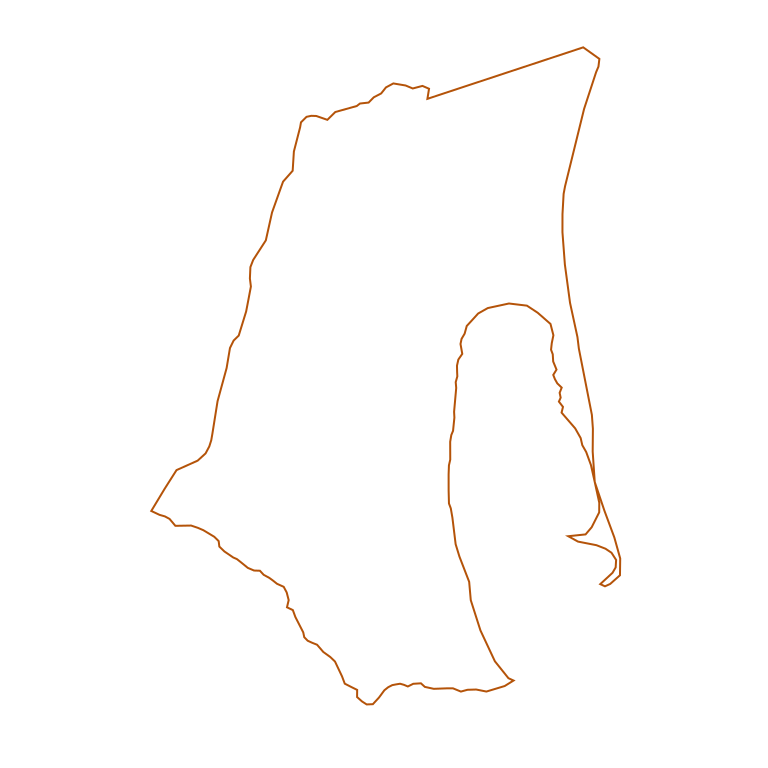 Tapes, Rio Grande do Sul, Brazil (orthographic projection), rotated 355°
{"feature_id": "56859067B78900778631791", "entity_name": "Tapes", "entity_type": "district", "adm_level": 2, "iso_a3": "BRA", "parent_name": "Brazil", "parent_adm1": "Rio Grande do Sul", "projection": "orthographic", "projection_center": [-51.425, -30.676], "detail": "fine", "context": "isolated", "style": "outline", "palette": "amber", "viewbox_px": 768, "rotation_deg": 355, "n_neighbors": 0, "source": "geoboundaries", "source_scale": "gbopen_adm2", "svg_char_len": 2591}
<svg xmlns="http://www.w3.org/2000/svg" viewBox="0 0 768 768"><g transform="rotate(355 384 384)"><path d="M381.4,687.4L387.0,685.2L394.7,685.4L398.3,689.3L407.0,692.0L420.8,692.7L426.2,693.2L433.8,697.1L440.5,695.9L449.2,696.4L459.2,699.3L477.9,695.4L487.2,690.7L482.3,687.9L470.3,669.9L458.6,637.9L451.6,606.9L451.6,588.5L444.1,562.5L441.4,549.8L440.5,523.2L439.7,513.7L438.3,508.7L439.1,495.8L440.5,479.6L441.6,470.7L443.4,465.1L444.9,447.3L446.6,440.7L448.7,436.7L451.2,423.6L451.4,417.8L455.6,394.2L455.6,388.4L457.7,382.8L457.9,378.3L458.3,372.1L460.2,366.1L464.6,360.8L463.7,350.8L465.2,345.8L468.7,340.9L471.5,333.4L477.1,328.3L483.9,322.0L494.0,317.4L515.5,314.7L533.2,318.4L543.3,326.4L555.1,338.7L557.0,350.2L554.7,357.9L553.4,364.4L554.7,369.1L554.5,376.3L557.1,384.7L553.4,389.7L554.7,394.1L556.7,398.5L560.7,403.1L558.2,408.1L558.8,413.0L556.7,416.8L560.3,422.4L558.4,428.0L570.6,444.9L575.2,455.0L576.2,462.2L579.5,469.4L583.1,482.8L585.4,500.0L586.0,469.5L588.2,446.8L588.4,432.9L581.2,365.7L580.8,354.1L576.4,319.4L574.6,280.7L575.0,248.3L576.6,230.4L579.5,210.3L581.6,202.8L607.3,127.4L622.5,91.8L625.3,86.5L626.9,78.9L611.8,66.0L452.1,103.7L454.6,93.8L448.3,90.4L438.4,92.1L431.5,88.5L419.5,85.4L411.8,88.7L406.5,94.3L398.8,97.5L393.2,102.3L384.5,102.5L381.1,104.7L359.2,108.8L350.6,115.9L339.9,111.1L334.9,110.5L330.1,111.1L324.1,116.1L322.8,121.0L314.5,144.5L311.6,163.6L301.1,173.6L298.4,179.4L287.4,203.4L278.8,230.6L264.5,249.0L261.1,255.9L259.6,267.2L259.9,275.3L256.3,288.1L253.0,299.7L243.5,323.1L238.0,327.6L233.7,334.7L228.6,354.4L216.7,386.6L208.7,418.6L207.0,425.0L204.5,431.0L200.2,437.6L191.7,444.1L169.8,451.7L156.4,469.2L141.1,490.2L149.0,494.8L154.2,496.8L158.6,499.7L163.8,507.1L179.5,508.2L186.1,511.1L191.3,513.9L201.6,521.4L205.6,526.1L205.8,531.6L210.4,536.9L218.7,543.7L222.2,545.6L225.6,548.8L232.3,555.3L238.3,558.5L244.1,559.2L247.5,563.6L252.9,567.2L256.0,569.9L260.0,573.7L266.4,577.3L268.9,583.2L270.2,591.0L267.9,598.0L273.5,601.3L275.4,608.4L281.9,624.4L282.5,629.3L285.6,633.1L290.0,635.6L294.6,637.9L300.2,645.7L306.7,651.3L311.0,656.2L316.7,671.6L318.8,679.1L325.5,683.3L330.6,686.4L329.9,693.5L334.4,698.3L338.8,701.7L345.0,702.0L351.7,695.9L357.7,689.1L361.8,686.4L366.0,684.7L369.9,684.3L373.9,684.0L377.6,685.4L381.4,687.4ZM585.4,500.0L588.1,521.1L587.2,530.6L578.4,544.8L571.7,551.4L554.3,551.7L563.5,557.9L581.6,563.1L590.3,567.4L595.9,571.9L599.9,579.5L598.8,586.9L595.2,592.0L582.0,602.2L586.5,604.8L591.9,602.9L602.4,595.1L604.1,578.4L600.1,557.0L592.5,529.3L585.4,500.0Z" fill="none" stroke="#b45309" stroke-width="2"/></g></svg>